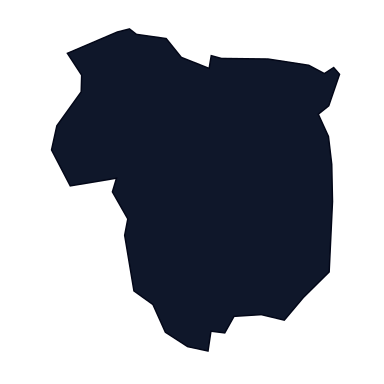 Grundy, Tennessee, United States of America, rotated 95°
{"feature_id": "52423323B63648176328273", "entity_name": "Grundy", "entity_type": "district", "adm_level": 2, "iso_a3": "USA", "parent_name": "United States of America", "parent_adm1": "Tennessee", "projection": "natural_earth1", "projection_center": [-85.737, 35.373], "detail": "fine", "context": "isolated", "style": "filled", "palette": "ink", "viewbox_px": 384, "rotation_deg": 95, "n_neighbors": 0, "source": "geoboundaries", "source_scale": "gbopen_adm2", "svg_char_len": 633}
<svg xmlns="http://www.w3.org/2000/svg" viewBox="0 0 384 384"><g transform="rotate(95 192 192)"><path d="M35.0,268.5L39.1,280.3L64.7,328.2L85.2,312.1L101.9,311.1L137.8,332.4L162.3,335.6L196.5,313.8L184.8,268.4L198.8,271.3L224.4,253.6L241.0,255.3L295.6,241.2L307.5,221.1L334.0,206.3L346.4,182.9L349.0,162.2L329.0,161.0L329.5,147.1L312.2,139.3L308.1,112.2L311.6,88.9L287.4,71.9L259.7,48.4L189.3,51.2L152.3,55.2L124.8,60.9L103.5,73.0L94.2,63.3L61.9,55.3L55.7,61.7L62.5,70.5L55.6,86.7L52.9,128.0L56.4,174.3L54.5,184.7L67.4,185.7L58.8,214.4L41.4,231.1L39.8,261.1L35.0,268.5Z" fill="#0f172a" stroke="#020617" stroke-width="1.5"/></g></svg>